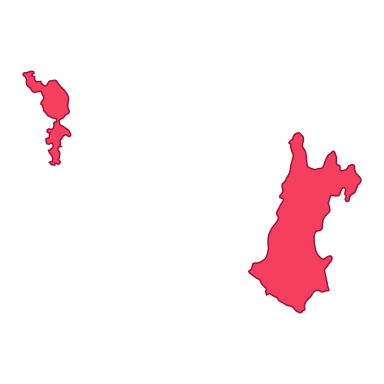 the district of Likoma, Likoma, Malawi
{"feature_id": "42251766B55477981037231", "entity_name": "Likoma", "entity_type": "district", "adm_level": 2, "iso_a3": "MWI", "parent_name": "Malawi", "parent_adm1": "Likoma", "projection": "natural_earth1", "projection_center": [34.694, -12.051], "detail": "fine", "context": "isolated", "style": "filled", "palette": "rose", "viewbox_px": 384, "rotation_deg": 0, "n_neighbors": 0, "source": "geoboundaries", "source_scale": "gbopen_adm2", "svg_char_len": 5888}
<svg xmlns="http://www.w3.org/2000/svg" viewBox="0 0 384 384"><path d="M313.1,169.2L311.4,168.6L309.8,167.9L308.3,167.1L307.3,165.6L306.9,163.9L306.8,161.9L306.5,160.0L306.3,156.2L306.0,154.4L305.7,152.6L305.1,150.8L304.1,149.2L303.0,147.8L302.4,146.1L302.4,144.3L302.9,142.5L303.4,140.6L303.5,138.6L303.0,136.7L301.9,135.5L300.6,134.3L299.4,133.0L297.7,132.9L296.1,133.5L294.7,134.5L293.6,135.9L293.0,137.6L292.5,139.4L291.1,140.2L289.8,141.4L288.9,143.0L290.4,144.1L290.8,146.0L290.8,147.8L291.4,149.4L291.9,151.3L292.6,153.0L293.3,154.7L293.2,156.7L292.7,158.6L292.2,160.3L291.7,162.2L291.2,164.2L290.8,166.0L290.3,170.0L289.8,171.9L289.2,173.7L288.4,175.2L287.5,176.7L286.3,178.4L285.8,180.0L284.8,181.4L283.6,182.9L282.2,183.9L282.0,185.8L282.2,187.5L282.7,189.4L283.0,191.2L282.2,192.8L281.1,194.3L279.9,195.6L279.8,197.5L281.3,198.1L283.0,198.5L283.5,200.2L281.6,203.3L280.5,204.9L279.7,206.6L278.9,208.2L278.0,209.8L277.1,211.4L276.6,213.1L277.1,214.9L278.0,216.4L278.5,218.2L277.9,219.9L277.0,221.5L275.9,222.9L274.8,224.4L273.7,225.8L272.6,227.2L271.6,228.6L270.8,230.4L269.9,232.0L269.2,233.7L268.7,235.5L268.3,237.4L268.1,239.4L268.1,241.3L268.0,243.1L268.2,244.9L268.4,246.9L268.4,248.7L268.2,250.5L267.8,252.2L267.3,254.0L266.8,255.7L266.1,257.3L265.1,258.9L263.9,260.0L260.9,261.7L259.4,262.5L257.8,262.9L256.2,263.0L254.5,263.1L253.0,263.6L252.4,265.5L252.1,267.2L251.4,269.1L250.1,270.3L248.7,271.1L249.4,272.7L250.8,273.9L252.1,274.9L253.6,275.9L255.0,277.0L256.3,277.9L257.8,278.7L259.4,279.5L260.6,280.9L261.0,282.8L262.0,284.4L263.3,285.8L264.5,286.9L265.8,288.0L266.5,289.8L265.5,291.3L266.2,293.0L266.4,294.9L268.0,294.3L269.6,293.6L271.2,294.4L272.7,295.5L274.1,296.3L275.6,297.0L277.0,297.5L277.9,299.2L279.0,300.6L280.7,301.7L282.3,302.6L283.8,303.3L285.2,304.2L286.7,305.1L288.2,305.7L289.8,305.9L291.5,306.4L292.9,307.3L294.1,308.6L295.3,310.1L296.7,311.3L298.3,312.1L299.9,312.7L301.4,312.5L302.5,311.0L303.9,310.3L305.0,308.9L304.4,307.0L304.5,305.2L305.2,303.1L306.1,301.6L307.2,300.1L308.4,298.8L309.7,297.6L310.9,296.4L311.9,294.9L312.5,293.2L313.7,291.9L315.2,291.0L316.8,290.3L318.3,290.2L319.8,291.0L321.2,291.8L322.8,291.9L325.9,290.8L327.6,290.8L329.0,290.2L328.4,288.3L327.7,286.5L327.4,284.8L327.1,282.9L326.7,280.8L326.3,279.0L325.9,277.2L325.5,275.2L325.0,273.3L324.6,271.3L324.4,269.5L325.7,268.0L326.9,266.9L327.8,265.3L328.7,263.8L329.9,262.4L331.1,261.1L331.9,259.5L332.0,257.4L330.8,256.0L329.2,256.0L327.7,256.6L326.1,257.7L324.7,258.7L323.1,259.4L321.5,258.5L320.2,257.5L319.0,256.2L317.9,254.9L316.9,253.5L316.2,251.8L315.6,250.0L315.1,248.0L314.8,246.1L314.5,244.2L314.2,242.3L314.1,240.4L314.1,238.5L314.1,236.7L314.4,234.9L315.1,232.7L316.0,231.2L317.6,230.9L319.2,230.7L320.8,230.0L322.0,228.7L322.2,226.8L322.3,225.0L322.8,221.4L323.2,219.6L323.9,218.0L325.0,216.3L326.2,215.1L328.7,212.5L329.7,211.1L329.8,209.2L329.5,207.3L329.0,205.6L328.3,203.3L328.9,201.4L329.3,199.6L329.9,197.8L330.5,196.1L331.9,195.2L333.4,195.6L335.1,195.8L336.8,195.9L338.5,195.6L339.7,194.5L340.3,192.7L340.9,190.9L341.7,189.2L342.9,187.8L344.5,187.7L345.6,189.0L345.5,190.8L345.0,192.6L344.9,194.5L346.2,195.6L345.9,197.5L345.2,199.1L345.8,200.9L347.3,201.6L348.8,200.8L349.5,198.9L349.7,197.0L350.5,195.4L351.9,194.5L353.3,193.4L354.7,192.6L355.6,190.8L356.3,188.9L357.1,187.1L357.8,185.3L360.2,182.6L361.0,181.0L360.8,179.0L360.0,177.4L358.8,176.2L357.6,174.9L356.2,173.8L355.5,172.1L354.9,170.3L354.5,168.5L354.7,166.6L353.9,165.1L352.3,164.5L350.6,165.1L348.9,165.7L347.9,167.2L347.1,168.7L345.9,170.0L344.3,170.2L342.8,170.7L341.1,170.8L340.1,169.5L340.1,167.7L339.8,165.8L338.4,165.0L336.9,164.6L336.4,162.9L336.5,161.0L336.5,159.0L336.5,157.0L335.7,155.5L335.2,153.8L334.7,152.0L333.2,151.1L331.9,152.1L330.6,153.6L329.2,154.5L327.8,155.6L326.9,157.3L325.4,160.8L324.7,162.5L324.2,164.2L323.6,165.8L322.6,167.5L321.3,168.4L319.7,168.4L318.0,168.8L316.3,169.3L314.8,169.6L313.1,169.2ZM36.1,81.6L35.0,80.3L34.5,78.6L34.7,76.7L33.1,76.4L31.7,75.6L32.4,74.0L33.9,73.6L33.6,71.7L32.0,71.3L30.3,71.4L28.7,71.9L27.2,72.6L25.6,72.7L24.0,72.9L23.0,74.3L23.9,75.8L25.2,76.9L26.2,78.3L26.6,80.1L26.3,82.0L26.5,83.9L27.1,85.5L28.5,86.7L29.8,87.5L30.8,89.0L31.6,90.5L33.0,91.8L34.5,92.4L36.2,92.0L37.9,91.8L39.4,91.2L41.0,91.5L41.8,93.1L42.5,94.7L43.4,96.2L43.6,98.1L43.2,99.9L42.0,101.2L41.0,102.6L41.0,104.4L42.5,105.1L42.9,107.0L43.4,108.8L43.7,110.7L44.9,111.9L46.0,113.1L47.0,114.6L48.2,115.9L49.7,116.4L51.1,117.3L52.5,118.0L54.5,118.2L56.1,118.6L56.6,120.4L56.2,122.1L54.6,122.1L53.7,123.5L54.1,125.2L53.7,127.0L53.1,128.7L51.6,129.3L50.0,129.1L48.5,128.9L47.2,130.0L47.0,131.8L48.5,132.9L50.1,132.7L49.6,134.4L49.2,136.1L49.0,138.0L47.4,138.2L46.0,138.8L46.0,140.7L46.4,142.5L47.2,143.9L49.0,144.2L50.4,143.5L52.0,143.1L53.0,144.4L53.2,146.2L52.6,147.9L51.1,148.7L50.0,150.0L48.5,150.2L49.1,151.9L49.9,153.5L51.0,154.7L51.9,156.2L52.6,157.9L52.7,159.7L52.3,161.5L50.7,161.6L49.4,162.4L51.8,164.8L53.3,164.9L54.8,165.2L54.9,163.3L56.5,163.5L58.0,164.2L59.5,163.7L60.3,162.1L59.5,160.6L58.3,159.3L59.3,157.9L59.4,156.0L59.8,154.2L59.6,152.4L58.7,150.8L57.7,149.4L58.3,147.8L59.6,146.7L61.1,146.4L59.9,145.3L60.6,143.5L60.0,141.8L60.3,139.9L61.6,138.9L62.3,137.2L63.4,135.8L64.8,135.0L66.5,134.9L67.7,135.9L69.3,136.6L70.7,135.7L70.5,133.9L69.8,132.2L68.9,130.8L67.7,129.5L66.3,128.5L64.9,127.7L63.5,126.8L62.1,125.9L60.6,125.2L59.6,123.9L59.2,122.1L59.3,120.3L60.7,119.1L62.4,118.4L63.7,117.5L64.6,115.9L65.8,114.6L67.2,114.0L68.7,113.3L69.4,111.7L68.8,109.9L68.0,108.2L67.7,106.4L67.8,104.6L68.1,102.7L68.4,100.9L68.7,99.1L68.2,96.9L67.6,95.0L66.7,93.4L65.6,91.9L64.6,90.5L63.3,89.2L62.1,88.0L60.8,86.7L59.7,85.4L58.5,83.8L57.3,82.3L56.4,80.8L54.8,80.1L53.2,80.5L51.4,80.8L49.9,81.0L48.6,82.1L47.6,83.8L46.8,85.3L45.3,86.2L43.8,85.4L42.4,84.4L41.4,83.1L40.8,81.4L39.2,81.5L37.6,81.8L36.1,81.6Z" fill="#f43f5e" stroke="#9f1239" stroke-width="1.5"/></svg>